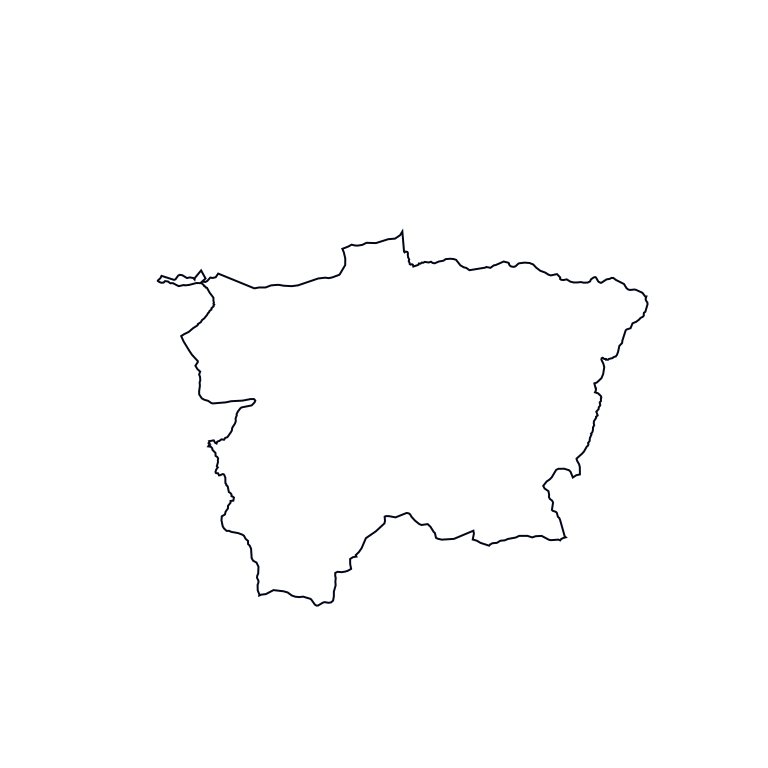 Ráquira, Boyacá, Colombia, rotated 42°
{"feature_id": "7082276B68805939866723", "entity_name": "Ráquira", "entity_type": "district", "adm_level": 2, "iso_a3": "COL", "parent_name": "Colombia", "parent_adm1": "Boyacá", "projection": "robinson", "projection_center": [-73.626, 5.497], "detail": "fine", "context": "isolated", "style": "outline", "palette": "ink", "viewbox_px": 768, "rotation_deg": 42, "n_neighbors": 0, "source": "geoboundaries", "source_scale": "gbopen_adm2", "svg_char_len": 6165}
<svg xmlns="http://www.w3.org/2000/svg" viewBox="0 0 768 768"><g transform="rotate(42 384 384)"><path d="M520.4,143.4L519.5,144.2L515.1,143.3L508.3,145.4L506.9,146.2L503.8,149.6L502.1,150.4L500.0,150.5L495.4,149.1L486.7,151.5L483.6,151.7L482.1,152.9L481.4,154.8L479.4,157.3L477.8,163.3L477.2,163.9L474.8,164.5L470.2,163.0L469.5,163.2L468.7,164.1L468.0,166.7L467.8,167.9L468.5,169.9L467.4,172.5L464.3,175.3L462.2,176.4L459.3,179.6L457.0,181.6L454.1,183.2L449.8,184.0L447.6,186.9L445.9,188.0L444.6,188.1L443.6,186.9L439.0,186.6L435.3,191.7L433.1,192.7L429.3,193.3L424.3,195.3L419.1,195.7L415.0,195.3L411.2,196.7L407.3,199.7L403.8,203.7L403.3,204.7L403.0,208.4L402.1,210.1L400.0,211.5L398.5,211.8L397.1,211.5L396.1,210.7L395.0,210.8L391.0,212.9L387.4,220.9L386.2,222.4L385.4,226.4L381.7,228.6L381.5,229.6L371.4,242.2L367.4,242.7L365.2,243.9L361.4,244.7L354.5,243.5L352.2,244.5L349.4,246.6L346.3,249.9L345.6,252.7L342.8,256.3L340.9,260.4L339.1,261.5L337.1,261.7L336.0,263.7L332.6,266.0L332.0,267.7L330.8,268.5L330.6,270.2L329.3,271.1L329.8,272.5L327.2,277.1L325.7,276.1L324.6,276.3L324.0,277.4L322.9,277.7L321.9,276.8L320.2,276.2L319.4,274.6L317.3,273.8L315.2,272.1L314.4,270.9L313.0,270.2L311.6,271.0L311.2,272.4L310.3,272.2L295.6,258.4L296.4,262.7L294.9,268.6L290.3,273.5L283.7,284.7L276.5,290.8L274.8,295.1L271.9,298.7L269.6,300.6L266.7,302.1L265.5,305.7L262.6,311.4L266.0,313.0L271.2,316.6L275.6,321.6L277.7,332.0L277.6,333.0L274.1,339.6L272.1,342.3L269.2,344.3L264.5,349.6L254.1,368.2L250.0,373.0L243.8,378.0L239.5,380.7L237.5,382.6L234.0,386.4L231.4,391.5L226.7,395.7L223.6,399.7L186.9,412.9L187.5,417.3L185.7,419.9L183.7,421.1L183.7,425.8L182.9,427.8L180.3,429.6L180.8,425.0L172.1,422.0L172.5,431.8L173.3,433.1L171.2,432.9L168.3,434.8L166.7,437.1L161.4,438.1L159.2,439.5L158.5,441.2L159.0,445.7L158.3,447.1L146.3,452.5L147.0,454.8L146.7,458.5L147.0,458.8L148.9,458.5L150.8,457.7L152.3,456.2L152.4,454.1L154.8,452.4L157.8,452.1L159.7,450.3L165.9,448.7L169.1,444.3L170.2,443.8L173.0,440.6L177.0,434.5L180.9,431.2L183.7,431.1L184.8,431.6L186.0,431.1L186.9,431.6L188.1,431.0L193.3,432.8L199.5,434.0L201.6,436.3L203.2,437.4L203.6,438.5L204.7,438.6L204.8,439.8L205.4,440.3L205.1,443.2L205.9,444.1L205.5,446.6L206.0,448.0L205.8,449.4L206.3,450.9L206.5,455.7L206.0,458.2L206.5,460.7L205.6,464.0L206.0,464.3L206.1,465.5L204.8,470.1L204.0,476.1L202.2,480.5L201.2,484.1L206.7,486.5L217.8,489.8L222.0,490.8L230.4,491.6L231.0,492.4L231.6,496.6L235.5,497.8L239.1,497.8L240.3,500.7L242.4,501.7L245.0,504.2L246.0,506.3L248.3,508.4L251.4,513.0L253.6,515.4L258.2,516.6L261.1,515.9L264.6,514.2L268.4,513.7L269.8,513.0L278.8,503.4L281.9,499.1L290.1,490.9L294.9,484.5L297.5,482.2L299.4,482.4L300.1,484.1L300.0,488.4L293.9,496.6L293.5,497.9L293.8,502.1L294.6,505.0L295.5,505.7L296.7,508.8L298.8,510.9L299.7,513.1L300.5,518.0L302.1,520.5L302.5,522.4L303.2,528.3L302.1,530.3L302.4,532.5L300.3,533.8L299.7,536.6L299.0,537.6L298.7,538.7L299.4,540.3L297.9,540.7L295.2,539.8L292.3,543.5L293.1,543.9L293.2,545.3L294.6,545.2L294.8,546.6L295.5,546.2L295.4,547.8L297.3,546.5L299.3,546.7L300.6,547.7L304.9,548.0L306.9,550.1L309.0,549.8L310.7,550.4L311.4,551.7L313.0,553.3L314.8,557.0L316.3,557.2L316.5,559.7L317.6,562.1L318.2,562.5L318.8,562.6L320.5,561.4L322.5,562.3L323.1,561.7L324.4,558.9L325.2,558.4L326.2,558.5L328.8,559.8L332.5,563.8L333.9,564.0L334.5,564.7L336.4,564.7L341.0,568.1L342.7,567.8L344.5,568.1L345.8,569.4L346.8,568.9L348.4,568.8L350.1,571.5L348.2,573.6L349.4,575.0L349.6,578.9L351.3,580.9L351.7,584.8L353.1,587.4L352.0,590.9L354.5,594.1L359.4,597.7L361.7,598.4L365.3,598.5L367.1,596.8L369.4,596.1L375.4,592.4L379.7,590.7L381.5,590.5L384.9,591.7L387.9,591.6L390.1,593.9L392.4,594.0L395.5,595.4L402.2,602.0L405.1,602.9L408.7,602.0L413.0,603.8L417.3,609.0L418.1,611.3L419.2,612.9L422.4,614.3L423.5,615.5L424.5,617.9L428.3,621.9L432.0,623.7L432.8,624.7L433.7,622.7L436.8,619.2L439.8,611.1L448.0,605.3L451.8,603.4L456.9,602.9L460.3,601.5L463.6,599.1L466.1,596.2L472.8,593.0L474.0,592.8L480.3,594.2L482.2,593.8L483.2,592.8L485.0,587.1L485.9,585.8L489.2,583.7L490.8,581.7L491.1,579.0L488.7,575.2L485.7,571.9L482.8,566.0L480.0,563.3L477.9,560.4L476.2,559.3L474.2,557.0L475.1,554.7L478.5,552.1L480.8,549.2L482.0,547.2L483.3,543.4L479.5,540.6L475.9,536.7L476.8,533.5L479.0,530.7L477.5,530.0L477.8,525.6L477.2,520.9L473.7,510.7L476.5,499.1L477.6,487.3L476.3,485.0L473.3,482.2L473.7,481.0L476.1,478.9L481.8,475.4L487.1,464.7L488.9,463.6L490.6,463.4L493.4,464.3L498.5,464.8L503.8,464.5L506.2,463.7L510.2,458.9L514.0,459.0L520.0,460.7L521.6,460.7L525.5,463.5L527.3,463.1L531.1,461.0L539.6,452.3L548.6,433.2L550.9,435.0L554.0,440.2L557.9,438.3L562.0,437.5L570.3,433.8L570.3,432.1L571.1,429.8L574.2,426.5L575.3,422.7L578.4,419.3L579.8,416.2L584.6,410.0L586.1,406.4L592.2,400.9L596.8,398.8L598.6,395.6L602.8,391.4L610.8,389.4L612.6,388.3L617.8,382.9L619.6,382.3L619.4,380.7L620.3,378.4L621.7,376.3L620.2,376.3L606.0,367.3L603.9,366.3L602.1,366.3L598.6,364.1L597.3,364.0L594.3,365.3L593.0,365.2L589.0,359.0L587.1,358.2L584.1,358.4L582.3,357.7L580.7,355.7L577.9,353.6L573.3,354.2L570.5,353.2L570.1,347.6L571.0,344.0L571.1,341.1L569.4,332.6L570.3,330.4L574.6,326.4L579.1,324.3L581.3,324.4L586.9,327.1L587.9,323.2L590.1,320.1L585.1,314.7L582.7,313.1L578.5,311.7L577.0,310.6L577.8,303.2L577.8,300.4L576.6,294.9L576.8,293.4L576.2,291.9L575.1,291.3L575.0,288.9L573.2,286.4L571.9,282.6L571.1,282.4L571.1,280.6L570.4,278.9L568.3,276.3L567.8,274.0L566.1,272.8L564.9,271.1L564.3,267.2L563.5,266.5L563.8,264.4L560.3,262.5L560.3,259.1L559.2,257.6L559.0,255.2L556.6,253.3L556.7,251.6L554.6,249.3L554.7,248.8L553.3,247.8L549.3,247.7L546.4,249.0L545.8,247.1L544.5,245.4L544.2,245.6L539.9,242.8L541.2,240.4L541.7,234.2L540.2,229.9L536.4,224.1L533.5,222.2L529.2,220.4L528.5,219.2L529.0,218.1L531.0,218.0L532.2,216.9L532.7,217.4L534.3,216.0L534.3,215.0L536.5,211.8L536.6,210.4L537.8,208.4L537.6,206.4L536.5,203.6L533.4,198.2L533.5,194.2L532.1,192.2L527.7,182.4L527.9,180.9L529.9,177.6L528.1,172.6L529.8,169.0L530.5,165.2L530.4,163.4L531.4,160.7L531.3,159.3L529.8,157.7L529.5,157.1L529.9,155.5L526.5,148.4L525.2,147.2L523.3,146.8L521.6,145.9L520.4,143.4Z" fill="none" stroke="#020617" stroke-width="2"/></g></svg>